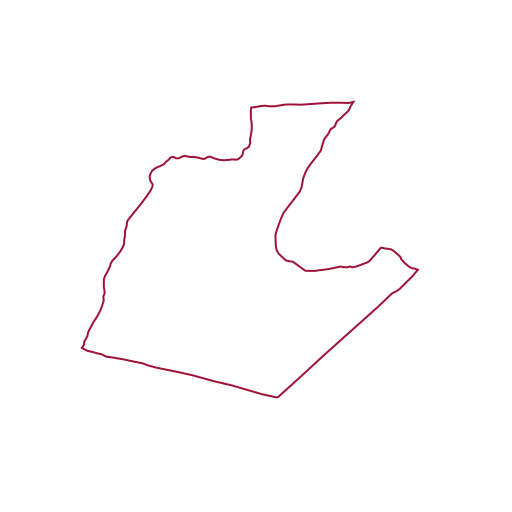 Lopè, Ogooué-Ivindo, Gabon (Equal Earth projection), rotated 39°
{"feature_id": "22940354B97125723234680", "entity_name": "Lopè", "entity_type": "district", "adm_level": 2, "iso_a3": "GAB", "parent_name": "Gabon", "parent_adm1": "Ogooué-Ivindo", "projection": "equal_earth", "projection_center": [11.763, -0.029], "detail": "fine", "context": "isolated", "style": "outline", "palette": "rose", "viewbox_px": 512, "rotation_deg": 39, "n_neighbors": 0, "source": "geoboundaries", "source_scale": "gbopen_adm2", "svg_char_len": 2851}
<svg xmlns="http://www.w3.org/2000/svg" viewBox="0 0 512 512"><g transform="rotate(39 256 256)"><path d="M181.7,175.6L181.2,177.7L180.2,179.5L179.8,181.0L180.1,182.7L180.8,183.8L181.7,185.4L182.0,187.5L181.7,189.6L181.4,191.2L180.5,193.2L176.6,196.0L174.6,198.2L170.7,201.9L166.8,204.4L162.6,206.2L157.5,207.8L155.9,210.0L155.2,212.3L153.9,213.9L148.2,216.4L145.3,218.2L142.2,220.7L139.0,222.3L137.1,223.4L136.0,225.3L134.8,228.0L133.9,229.3L132.4,230.3L130.6,230.6L128.9,231.4L127.6,233.3L127.5,236.2L126.8,239.6L126.6,242.6L125.8,244.6L124.6,247.1L123.3,249.3L122.3,252.0L121.6,255.2L122.1,257.8L123.0,260.6L124.7,262.7L126.5,264.0L129.5,265.0L130.9,265.6L131.9,267.5L132.7,270.8L133.4,277.6L133.8,287.8L133.8,299.3L133.8,305.8L134.0,309.7L134.8,311.3L136.7,314.3L138.4,318.7L141.9,323.6L143.7,326.9L145.8,329.5L147.0,333.5L147.7,338.4L147.8,343.0L147.7,346.3L147.3,349.6L147.8,353.1L149.3,356.8L150.5,362.0L151.1,365.9L152.3,369.6L154.9,373.0L157.5,376.1L160.3,378.5L162.0,380.5L162.7,383.3L165.8,386.7L168.0,392.2L169.6,397.6L170.7,403.5L171.3,409.6L172.4,415.5L173.5,420.8L175.5,424.6L176.1,428.3L176.4,430.7L177.3,431.9L178.2,433.4L178.5,437.0L182.0,436.4L185.0,435.7L187.6,434.3L190.6,432.9L193.6,431.7L198.0,429.5L202.9,428.5L207.2,425.8L211.7,423.3L218.9,419.3L223.5,417.0L230.1,413.6L235.1,410.9L241.2,408.9L241.4,408.8L249.4,405.2L267.9,395.5L281.4,388.8L302.1,379.8L318.8,371.7L330.1,367.0L347.3,359.8L360.3,353.3L361.9,352.0L366.7,321.4L371.0,291.6L375.8,262.0L382.6,219.9L385.3,199.3L387.2,195.2L388.4,191.2L389.2,182.6L389.6,179.7L390.2,174.2L390.4,167.4L390.4,164.9L387.4,165.9L384.2,167.6L380.7,168.0L375.5,167.8L370.7,167.0L369.2,166.0L366.4,165.6L359.9,165.4L356.8,165.8L353.0,168.0L351.3,169.1L348.0,170.7L347.7,173.0L347.7,178.4L347.4,188.5L346.4,191.2L340.8,200.7L338.0,204.2L335.8,204.9L333.9,207.5L330.9,209.7L328.3,211.0L321.0,220.1L310.9,230.7L306.7,234.1L303.6,236.4L299.9,236.6L293.7,236.9L288.1,237.3L285.4,239.0L282.1,240.6L276.6,240.3L272.0,239.9L268.3,238.4L265.5,236.2L261.6,231.8L257.8,227.3L255.7,222.3L254.1,217.9L251.7,210.6L250.2,204.9L250.0,197.9L249.5,178.3L248.2,174.0L246.2,170.4L243.7,165.7L242.4,161.8L241.3,157.9L240.8,153.9L240.5,150.2L240.5,147.3L240.4,143.5L240.3,138.2L240.0,133.1L238.2,129.2L236.9,125.6L235.8,123.5L235.5,121.5L235.4,120.4L235.4,116.6L235.1,114.3L234.5,112.4L234.2,110.0L235.1,108.0L235.6,106.4L235.2,104.1L234.5,102.2L234.2,100.2L234.5,97.9L235.2,95.5L235.4,92.1L236.0,88.7L236.4,85.3L236.0,82.6L235.3,80.3L234.9,76.7L234.7,75.0L231.7,78.8L228.9,80.9L224.5,84.3L217.7,89.8L208.6,98.1L196.1,109.8L188.2,115.9L183.6,119.7L176.3,127.9L171.7,131.6L168.3,133.6L165.4,136.4L163.3,138.9L160.7,141.8L158.8,143.6L159.7,145.1L161.3,147.3L165.5,152.4L169.3,155.8L172.5,159.5L176.2,165.6L177.9,169.1L180.6,172.1L181.4,174.6L181.7,175.6Z" fill="none" stroke="#9f1239" stroke-width="2"/></g></svg>